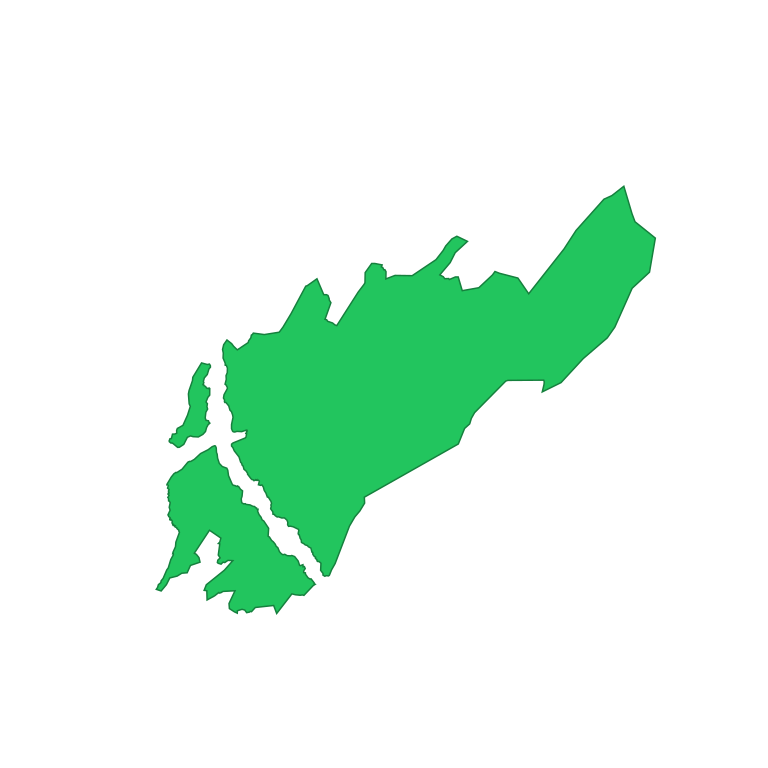 Ullensvang nor, Hordaland, Norway, rotated 302°
{"feature_id": "86288312B73350405058148", "entity_name": "Ullensvang nor", "entity_type": "district", "adm_level": 2, "iso_a3": "NOR", "parent_name": "Norway", "parent_adm1": "Hordaland", "projection": "robinson", "projection_center": [6.658, 60.244], "detail": "fine", "context": "isolated", "style": "filled", "palette": "green", "viewbox_px": 768, "rotation_deg": 302, "n_neighbors": 0, "source": "geoboundaries", "source_scale": "gbopen_adm2", "svg_char_len": 6166}
<svg xmlns="http://www.w3.org/2000/svg" viewBox="0 0 768 768"><g transform="rotate(302 384 384)"><path d="M338.1,227.5L332.4,227.2L327.7,228.8L325.1,231.3L320.7,233.8L317.6,238.2L315.8,239.4L316.3,240.3L314.6,242.7L310.5,245.1L307.4,245.6L304.3,247.8L299.6,249.3L299.5,250.5L298.2,252.8L297.0,253.6L290.2,254.0L287.0,255.3L286.0,257.2L284.4,258.1L284.0,258.9L284.6,259.7L283.1,264.0L280.2,267.2L279.7,269.3L277.7,271.8L275.8,273.6L268.8,276.2L265.3,278.4L263.8,280.5L263.6,281.5L264.2,282.9L265.9,284.4L268.2,288.6L272.0,291.7L272.2,292.5L271.2,292.8L270.8,293.6L270.9,292.6L269.7,293.4L269.0,292.8L269.3,292.5L268.9,292.8L268.8,293.9L265.9,295.1L264.7,294.9L254.0,287.2L252.2,286.6L250.6,287.6L250.0,289.5L248.0,292.4L245.3,299.7L241.7,303.9L241.4,305.2L240.0,306.7L239.7,308.1L237.5,310.4L237.1,313.2L236.0,315.6L235.2,316.1L233.2,321.4L233.0,322.8L233.5,323.9L233.1,325.0L234.7,325.8L234.4,326.1L235.0,326.6L234.7,326.6L234.9,327.4L235.9,328.5L235.5,329.8L232.0,330.9L232.6,333.0L233.7,333.9L232.8,336.1L230.3,338.8L228.9,341.7L226.3,345.0L226.7,345.9L224.5,350.5L223.0,352.0L221.4,352.2L220.7,353.1L218.1,354.0L216.7,357.4L214.7,358.9L215.3,360.3L214.7,361.3L214.6,363.9L215.4,364.7L216.2,368.3L217.7,370.5L217.1,373.9L215.7,375.7L213.5,376.9L212.7,378.5L213.8,379.9L214.8,382.7L215.4,388.4L214.7,389.3L211.8,390.4L211.0,391.3L211.2,392.0L208.6,394.8L208.1,396.2L205.9,398.0L206.1,400.7L205.8,402.4L206.4,404.7L205.9,406.1L206.1,409.0L203.2,412.0L203.4,412.8L201.8,414.0L200.8,416.3L200.9,417.7L199.8,418.2L199.4,420.3L198.5,420.9L198.4,422.2L199.1,422.9L198.6,425.5L192.4,429.0L191.0,432.7L189.6,433.5L189.6,435.7L190.8,436.5L191.9,438.7L193.0,439.0L198.7,438.0L205.8,437.7L245.2,430.0L255.9,429.7L263.4,430.8L272.7,430.7L277.6,427.3L372.5,478.8L389.0,475.9L395.6,477.8L401.1,476.3L407.7,476.0L451.0,485.7L452.7,487.1L471.9,517.4L470.8,518.7L468.5,519.9L461.2,522.4L479.0,533.4L511.2,539.5L541.4,548.9L554.6,549.6L596.7,543.7L619.5,549.9L651.5,536.8L654.6,510.9L659.9,504.0L678.8,482.6L664.5,477.4L657.3,472.6L616.0,465.5L593.8,465.1L537.2,458.9L544.8,441.4L539.1,423.3L538.2,418.5L533.9,418.2L515.9,413.4L504.6,400.9L514.1,390.2L512.6,387.8L507.2,384.0L507.7,383.0L505.5,379.7L506.4,377.4L506.1,373.5L522.0,375.8L533.1,374.8L549.2,379.2L547.9,367.5L543.0,364.7L533.8,363.2L528.5,363.4L517.0,362.2L490.8,350.5L481.9,335.8L474.1,329.9L480.3,326.2L481.4,324.2L480.8,323.4L482.1,321.2L481.9,319.7L484.0,319.3L481.4,312.5L479.7,309.7L468.5,309.0L459.8,314.2L458.0,314.3L448.3,313.4L408.5,313.0L408.1,311.0L408.5,308.1L407.3,302.9L408.1,301.4L407.6,299.7L424.8,295.9L426.2,293.1L427.4,292.2L429.4,289.6L429.3,288.0L427.8,285.6L437.7,271.4L426.7,266.8L425.5,265.8L394.6,267.9L378.7,268.2L372.4,267.7L362.5,256.3L357.9,246.2L356.3,246.2L355.2,245.6L352.6,246.6L348.9,246.3L347.2,246.9L335.2,241.5L336.3,236.5L337.5,233.4L338.1,227.5ZM177.7,431.8L177.7,430.5L178.4,430.1L180.1,425.4L179.4,424.5L179.4,422.2L181.1,418.2L182.2,417.4L181.5,415.8L183.1,414.9L185.7,415.0L186.8,413.5L186.9,412.9L186.1,412.3L187.8,411.0L185.6,409.3L185.5,408.5L188.4,405.0L190.3,399.7L189.7,396.7L188.7,395.8L187.1,392.8L187.0,390.1L185.7,388.8L185.6,387.0L186.4,384.2L189.0,380.6L189.2,378.6L190.5,376.7L191.5,373.8L191.8,371.5L193.5,368.0L193.5,366.4L200.5,362.6L204.1,354.7L204.2,352.6L205.9,350.3L207.0,347.3L209.1,344.3L210.9,343.6L210.4,343.1L211.3,341.7L211.0,341.4L211.5,339.1L210.8,337.7L210.5,334.5L208.8,330.8L209.0,329.8L208.0,328.6L207.9,326.3L210.9,323.8L213.6,323.1L218.4,320.7L218.7,318.0L220.0,315.1L219.4,313.7L219.7,313.6L218.9,312.8L218.9,311.4L218.2,309.8L218.7,308.2L223.9,300.7L228.1,297.2L229.3,295.3L228.3,290.6L229.4,286.4L232.9,282.2L236.1,279.7L237.2,278.2L240.9,275.6L242.1,273.9L241.8,273.0L239.8,271.5L235.1,269.7L227.8,265.3L219.6,263.1L216.0,261.2L215.2,260.0L213.8,259.1L204.7,257.9L199.0,255.2L198.8,254.4L196.6,253.4L192.3,252.9L184.0,253.1L183.5,253.3L183.9,253.8L183.5,255.0L181.0,255.6L180.6,257.7L178.9,257.9L178.3,258.9L177.2,258.9L177.3,259.4L176.1,259.3L175.7,260.7L173.2,260.8L173.0,261.7L170.7,263.3L170.9,264.1L170.0,265.6L165.6,267.2L163.6,269.5L158.9,270.1L159.1,270.4L158.3,270.7L157.5,271.7L157.3,273.5L156.1,274.4L155.9,273.9L155.4,274.2L155.7,274.9L155.0,275.2L156.2,275.3L155.9,276.4L155.0,277.5L153.8,277.8L153.7,278.8L152.9,279.2L153.1,279.8L152.7,279.9L152.5,280.0L152.9,280.4L152.5,280.7L152.8,281.4L152.4,281.2L152.7,281.5L152.1,282.4L152.3,284.4L151.7,285.0L151.3,287.3L150.7,287.9L151.2,288.1L150.5,288.1L149.9,289.1L139.6,291.3L135.5,293.4L129.7,294.2L128.2,294.7L128.6,295.1L127.5,295.9L122.2,296.2L113.7,298.5L111.2,298.3L102.1,299.7L99.0,299.3L97.2,300.0L94.3,299.0L91.5,299.8L89.2,299.7L90.4,304.7L98.5,305.8L106.0,305.1L111.5,310.4L116.4,312.8L119.6,317.1L127.6,316.0L135.4,322.4L138.7,319.1L140.1,315.2L140.0,312.8L167.5,313.5L166.9,327.3L163.0,328.5L161.0,328.1L161.5,329.3L161.1,329.6L151.1,334.1L149.7,337.2L146.5,336.4L144.3,337.3L144.1,338.4L144.9,341.3L147.6,341.9L148.2,343.6L151.7,345.1L154.1,349.4L141.5,347.3L119.6,339.7L113.7,340.8L114.8,343.3L107.1,348.4L114.6,352.6L119.6,354.4L119.4,355.1L120.6,356.3L122.8,357.4L129.7,367.2L115.7,368.9L111.6,371.9L111.5,377.9L111.9,381.0L114.0,379.8L117.7,383.0L118.5,385.7L117.3,388.7L119.3,390.8L120.2,391.0L120.7,392.3L126.3,393.3L137.7,407.8L132.5,414.6L157.2,417.1L158.3,420.5L160.4,424.8L161.9,426.6L162.3,428.1L175.6,430.8L177.7,431.8ZM285.3,219.8L275.3,222.1L271.9,223.4L263.9,229.3L262.4,231.6L253.4,233.9L242.4,235.4L236.8,232.3L234.8,232.7L232.4,234.3L230.8,233.2L229.4,231.2L225.1,232.6L224.2,231.5L222.0,231.9L221.3,232.5L221.0,234.6L221.7,235.6L221.7,236.8L220.9,242.6L221.9,244.0L226.7,246.2L234.6,245.5L237.5,247.5L238.1,249.9L240.7,254.6L245.3,257.1L249.1,257.8L253.1,256.6L256.4,256.4L258.4,257.1L258.8,256.5L258.6,256.0L259.8,254.6L258.9,252.4L260.4,250.4L265.6,247.9L269.3,247.7L271.0,245.8L273.7,244.7L274.4,242.6L279.3,241.7L282.2,242.1L287.7,238.7L287.3,238.1L287.8,237.7L287.1,237.3L286.5,235.6L287.3,234.1L287.2,232.2L287.7,231.8L287.5,230.8L289.7,230.5L290.4,229.5L293.9,228.4L298.4,229.1L303.9,227.6L306.3,227.9L307.6,227.0L308.4,225.4L306.9,223.8L305.2,218.1L288.4,218.3L285.3,219.8Z" fill="#22c55e" stroke="#15803d" stroke-width="1.5"/></g></svg>